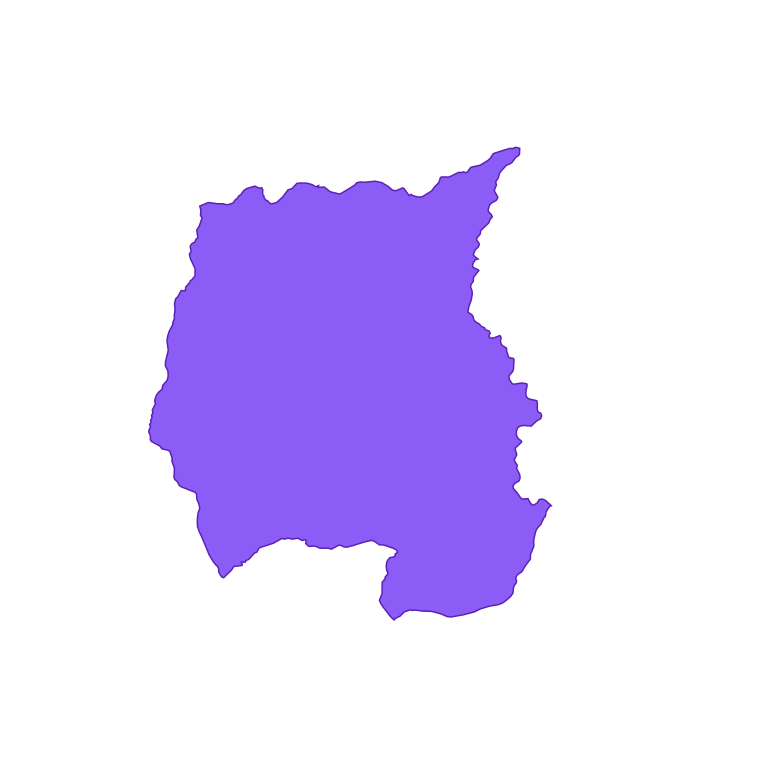 the district of Luebo, Kasaï-Occidental, Democratic Republic of the Congo, rotated 58°
{"feature_id": "63176286B69668932062204", "entity_name": "Luebo", "entity_type": "district", "adm_level": 2, "iso_a3": "COD", "parent_name": "Democratic Republic of the Congo", "parent_adm1": "Kasaï-Occidental", "projection": "orthographic", "projection_center": [21.381, -5.592], "detail": "fine", "context": "isolated", "style": "filled", "palette": "violet", "viewbox_px": 768, "rotation_deg": 58, "n_neighbors": 0, "source": "geoboundaries", "source_scale": "gbopen_adm2", "svg_char_len": 5690}
<svg xmlns="http://www.w3.org/2000/svg" viewBox="0 0 768 768"><g transform="rotate(58 384 384)"><path d="M479.1,263.3L474.0,268.5L472.1,269.7L469.6,269.9L466.2,268.2L460.9,263.2L460.1,263.0L459.4,262.9L456.1,266.7L454.6,270.2L453.2,273.6L452.3,274.5L451.7,275.2L446.6,275.3L443.4,273.8L441.5,268.1L440.2,266.5L432.2,260.8L430.9,260.7L427.9,264.0L427.4,263.9L426.7,263.9L421.5,262.7L418.4,261.1L414.3,263.2L411.8,263.5L409.0,262.3L406.6,260.0L404.3,260.1L403.0,266.8L401.3,269.6L398.9,269.8L397.2,267.0L394.8,266.8L391.8,269.2L389.6,269.0L386.7,271.0L383.9,271.3L380.1,273.3L376.8,273.8L374.4,272.7L371.9,272.8L367.5,274.7L363.5,271.2L358.9,265.4L354.5,261.5L351.4,259.9L348.0,259.3L346.0,257.9L344.1,253.8L341.1,251.7L339.0,246.3L338.1,243.5L337.3,243.6L336.9,243.7L332.3,246.7L330.6,246.3L329.6,245.3L329.1,244.8L327.0,240.9L327.8,238.0L324.2,239.5L321.8,239.8L318.7,235.9L317.8,231.6L316.4,229.4L314.7,228.8L310.8,229.1L309.3,227.6L307.8,222.8L305.2,220.9L302.9,209.9L302.0,208.7L300.5,206.4L299.7,203.6L297.3,203.2L293.3,204.1L291.7,203.5L289.6,201.4L288.0,199.0L287.5,196.6L287.8,191.7L286.6,189.1L285.4,188.4L278.5,188.1L274.8,183.2L271.8,182.3L271.1,180.7L269.8,178.0L269.5,177.6L266.5,174.3L265.6,172.1L263.3,164.1L264.1,160.9L263.8,157.6L261.6,152.2L261.6,151.8L261.6,148.8L260.6,147.1L256.0,144.0L253.0,147.0L252.4,150.4L250.9,152.3L249.3,158.2L246.8,167.8L246.7,169.7L249.0,174.4L249.1,175.0L249.5,177.7L249.4,185.5L249.3,186.9L246.4,194.9L246.6,196.8L248.6,201.2L248.0,202.7L246.1,204.3L245.9,205.9L244.1,208.5L243.9,210.0L243.0,219.1L239.1,225.1L238.8,226.7L242.2,230.7L243.7,236.8L245.5,241.2L245.5,251.3L245.2,253.3L243.0,256.6L241.5,257.9L239.3,259.8L237.4,260.7L237.6,262.9L229.3,263.4L227.6,264.1L226.4,271.6L223.9,274.2L219.0,275.6L212.1,279.1L207.2,284.2L206.3,286.1L203.0,292.8L202.6,293.7L200.0,297.2L198.9,300.5L199.9,303.7L199.7,318.5L199.3,321.1L192.4,327.8L185.4,330.2L182.4,335.6L181.1,334.3L180.5,337.5L177.0,339.1L172.7,343.1L168.8,349.1L167.7,351.7L168.9,356.0L169.5,358.4L168.5,362.6L171.8,371.1L173.2,378.9L172.6,380.8L171.6,384.0L170.6,384.8L166.7,385.7L165.2,387.0L161.9,386.8L160.9,386.2L159.1,386.6L155.1,383.9L152.7,383.7L152.1,385.8L147.7,388.8L145.4,397.1L145.7,400.6L147.5,405.0L147.6,407.8L148.8,409.7L148.9,411.2L148.9,412.1L149.0,412.5L150.5,415.9L149.8,419.5L148.6,422.5L145.9,424.9L143.0,429.5L137.0,436.8L135.5,446.0L139.4,447.1L144.0,450.4L146.6,450.1L152.2,457.0L154.2,461.2L161.4,464.4L161.6,466.8L163.5,469.5L163.1,471.9L163.7,474.3L165.0,475.7L169.0,477.0L170.8,480.3L175.4,481.8L186.1,483.1L187.6,484.1L192.2,487.0L193.8,491.8L193.8,493.6L194.9,494.7L196.7,500.8L199.6,503.1L197.3,506.5L200.7,512.6L201.4,515.6L205.0,519.2L210.3,521.8L214.9,525.7L217.4,526.9L218.1,528.0L219.8,530.3L221.9,531.9L225.2,537.8L228.8,542.1L232.4,545.2L241.1,549.1L249.2,557.4L252.6,559.7L258.7,560.5L262.9,562.8L265.9,565.8L267.9,572.2L271.0,575.2L271.4,579.0L272.8,582.8L275.2,585.9L277.4,587.7L279.5,588.2L282.7,593.3L283.3,594.3L284.1,594.6L285.9,595.3L287.8,598.1L289.5,598.4L291.3,601.3L292.8,601.5L294.2,604.3L296.9,604.9L298.7,608.0L300.3,609.0L303.8,609.4L307.5,611.7L309.4,611.7L317.9,606.9L321.3,606.7L325.5,602.4L327.3,601.4L328.0,601.5L329.4,601.7L334.4,602.9L337.0,604.7L344.5,606.4L351.9,611.6L354.2,612.0L357.4,611.0L361.6,611.4L363.5,610.6L375.9,601.5L377.5,601.1L382.6,603.8L382.9,603.8L387.8,604.6L392.0,606.2L393.0,607.7L394.6,609.8L398.4,613.0L401.8,615.3L406.0,617.7L411.1,618.9L415.7,619.4L429.9,621.7L431.6,622.0L435.8,622.8L438.3,622.8L440.8,622.9L444.1,622.9L447.8,622.6L449.8,622.0L452.6,622.0L455.9,623.8L459.4,624.0L461.6,623.9L463.3,622.7L461.0,612.0L459.2,608.1L462.6,600.7L461.8,599.6L459.7,599.7L459.3,598.9L461.6,596.4L460.6,594.3L461.1,591.7L458.7,583.4L459.0,581.9L459.2,580.8L456.8,576.6L460.4,562.2L460.9,552.3L462.6,550.9L464.1,546.8L466.9,544.1L469.1,538.8L473.4,536.3L474.4,533.2L475.9,533.2L477.7,534.9L481.0,534.2L482.3,533.1L484.7,528.6L489.4,525.2L493.6,518.4L496.2,516.1L496.7,508.0L497.5,506.6L499.4,505.2L501.3,504.0L503.0,501.2L503.9,497.9L504.9,495.0L505.6,491.8L506.3,489.3L507.7,484.1L508.9,480.6L509.9,477.8L510.9,476.3L513.1,475.2L515.9,474.0L518.0,473.1L520.1,469.9L522.7,467.7L524.6,466.2L526.0,465.0L528.1,463.3L530.0,462.1L530.8,461.6L532.2,461.5L533.8,461.5L534.0,463.0L534.1,464.7L535.6,465.6L535.8,465.8L535.9,467.1L534.4,471.0L535.3,473.9L536.4,475.9L539.7,478.7L541.2,479.4L543.7,480.5L546.3,480.8L547.2,481.7L548.2,485.1L549.7,486.3L551.2,490.6L560.8,496.8L565.0,502.5L568.8,503.1L573.2,502.9L577.5,502.4L582.4,502.0L586.0,501.5L589.4,500.5L588.8,497.9L589.4,493.6L588.0,487.5L589.5,481.2L590.6,480.6L592.7,476.7L597.1,471.6L597.3,471.2L602.1,464.1L609.0,457.6L614.7,453.7L617.2,450.4L621.6,439.5L625.1,428.3L625.4,425.8L625.8,421.4L628.3,412.2L631.7,404.0L632.5,399.8L632.4,396.4L631.3,389.2L629.6,385.4L625.5,382.3L623.9,380.3L622.6,377.1L621.1,375.9L620.9,375.8L618.1,375.0L616.5,372.1L616.2,366.5L613.0,360.3L610.1,352.7L606.3,350.2L600.9,342.8L596.0,340.0L589.7,333.9L587.8,331.1L586.1,325.4L582.3,319.4L581.7,317.2L578.3,314.3L575.6,308.6L575.9,306.6L568.4,308.7L566.5,309.9L565.1,311.4L564.2,313.6L566.1,317.2L566.0,321.3L565.7,321.6L564.5,322.6L561.0,323.0L557.5,322.6L554.9,327.6L552.9,328.5L546.8,328.7L541.0,329.7L538.4,328.2L538.3,327.8L537.6,325.3L537.6,325.1L537.7,320.6L535.7,318.3L532.9,317.0L532.6,316.9L525.9,316.3L523.4,314.0L518.6,314.1L517.2,313.4L514.2,308.8L509.1,307.4L507.8,306.3L506.7,300.7L506.1,298.0L504.6,297.8L501.6,299.1L497.7,298.9L494.1,296.7L492.0,293.8L491.8,291.0L493.1,287.6L497.7,281.5L496.2,274.0L496.4,269.5L494.3,267.0L491.7,266.6L489.5,268.2L488.4,267.9L486.6,267.4L481.0,263.8L479.1,263.3Z" fill="#8b5cf6" stroke="#5b21b6" stroke-width="1.5"/></g></svg>